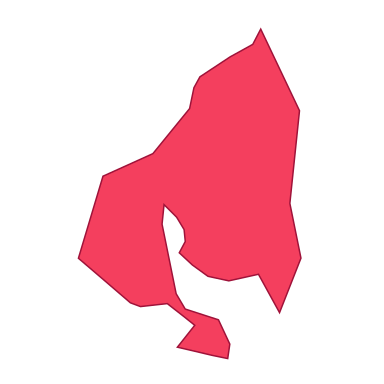 the Unitary Authority of Halton, rotated 272°
{"feature_id": "GBR-5708", "entity_name": "Halton", "entity_type": "Unitary Authority", "adm_level": 1, "iso_a3": "GBR", "parent_name": "United Kingdom", "parent_adm1": "", "projection": "albers", "projection_center": [-2.723, 53.34], "detail": "fine", "context": "isolated", "style": "filled", "palette": "rose", "viewbox_px": 384, "rotation_deg": 272, "n_neighbors": 0, "source": "natural_earth", "source_scale": "10m", "svg_char_len": 600}
<svg xmlns="http://www.w3.org/2000/svg" viewBox="0 0 384 384"><g transform="rotate(272 192 192)"><path d="M74.5,283.7L112.1,261.3L104.5,231.9L108.3,210.9L119.0,195.0L130.8,181.4L142.3,187.0L154.2,185.4L166.3,177.5L178.4,164.5L158.8,163.2L89.8,179.7L74.8,189.3L65.2,222.9L41.3,235.1L26.8,233.5L29.4,218.1L36.4,182.8L58.9,199.4L67.6,187.7L79.6,171.2L75.7,144.5L79.1,134.3L103.2,104.2L121.8,80.8L204.7,102.5L229.0,151.6L275.3,186.7L296.3,190.3L307.4,195.9L328.4,225.4L341.7,247.6L357.2,255.0L277.0,296.6L184.0,290.2L129.7,303.2L74.5,283.7Z" fill="#f43f5e" stroke="#9f1239" stroke-width="1.5"/></g></svg>